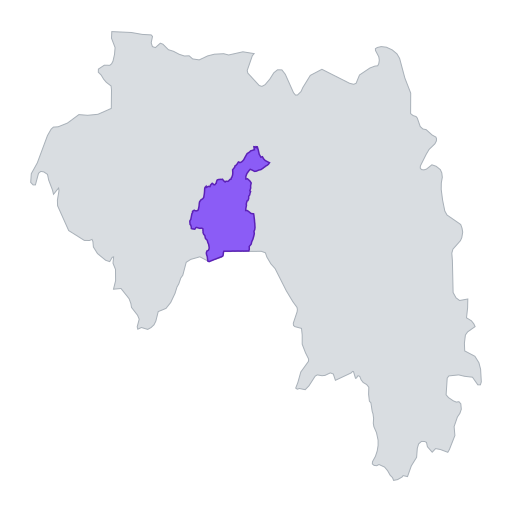 Mamou, Mamou, Guinea (highlighted)
{"feature_id": "49546643B72815389499799", "entity_name": "Mamou", "entity_type": "district", "adm_level": 2, "iso_a3": "GIN", "parent_name": "Guinea", "parent_adm1": "Mamou", "projection": "equal_earth", "projection_center": [-11.801, 10.57], "detail": "fine", "context": "in_parent", "style": "filled", "palette": "violet", "viewbox_px": 512, "rotation_deg": 0, "n_neighbors": 0, "source": "geoboundaries", "source_scale": "gbopen_adm2", "svg_char_len": 6602}
<svg xmlns="http://www.w3.org/2000/svg" viewBox="0 0 512 512"><path d="M322.0,375.7L317.3,374.9L315.2,376.1L308.9,385.9L305.2,389.7L299.4,388.5L297.3,389.2L295.7,388.1L297.8,382.7L300.8,372.0L308.5,361.3L308.6,359.0L305.5,352.8L302.2,344.2L302.2,335.0L301.5,328.4L294.8,326.6L293.5,325.4L293.3,323.2L297.1,311.8L297.4,309.5L297.0,307.4L292.8,301.6L286.3,290.8L275.1,268.6L270.9,263.9L266.9,257.1L265.4,252.8L261.3,251.3L222.3,251.6L221.6,257.3L208.2,261.2L199.9,256.8L190.7,259.4L186.2,262.3L182.8,275.2L180.8,278.0L178.8,283.8L177.0,287.0L175.0,293.4L170.7,302.5L166.0,308.4L158.2,311.6L155.8,321.2L154.0,324.8L151.0,327.6L147.7,329.4L141.4,327.5L137.8,329.2L137.2,326.8L139.2,319.2L137.6,315.3L131.5,307.4L130.9,303.6L129.1,298.7L121.0,288.5L113.5,289.2L115.6,280.7L115.5,269.4L113.0,263.2L113.6,256.9L112.2,257.3L109.7,261.6L105.7,260.3L97.5,253.6L93.4,247.0L92.9,241.5L92.0,239.4L89.4,240.5L84.3,240.4L68.7,230.6L57.6,205.8L57.4,200.2L59.0,190.6L58.6,188.0L53.5,194.3L52.5,190.1L48.7,180.1L47.5,174.4L43.8,171.9L40.8,171.4L38.5,173.3L35.4,184.9L33.1,184.9L30.7,182.4L31.3,173.7L37.3,162.9L47.5,135.5L51.1,129.2L53.4,127.1L58.1,126.8L67.4,123.1L78.9,114.6L87.6,115.3L97.9,114.3L111.3,108.4L111.5,90.1L111.1,86.0L106.3,82.3L103.6,79.1L101.2,75.1L98.3,72.2L98.4,69.1L104.3,65.2L109.8,65.3L111.6,63.8L113.0,61.1L114.5,54.5L115.1,47.6L111.5,38.2L111.8,31.6L131.4,32.5L142.2,34.4L151.1,34.9L152.5,36.4L151.2,42.8L152.4,46.6L155.4,47.6L160.3,43.2L162.9,44.2L168.4,49.7L173.5,51.3L179.2,54.3L184.4,56.0L189.1,55.8L192.6,58.9L199.2,59.9L207.7,55.9L214.4,54.2L223.7,53.7L228.6,55.0L242.9,51.8L254.1,53.6L252.3,55.8L247.2,70.5L247.8,73.1L259.2,85.5L261.9,86.4L265.1,84.7L269.9,79.0L273.8,72.8L277.5,69.8L281.9,69.9L285.3,74.3L293.5,92.7L295.5,95.1L297.5,95.0L301.0,91.6L302.8,87.6L310.3,75.4L321.9,69.3L349.6,83.3L353.7,84.3L356.1,83.3L359.5,75.0L369.9,68.0L374.9,66.1L377.7,65.8L378.8,63.6L379.3,60.2L378.8,56.8L375.5,50.5L375.4,48.7L377.3,47.5L381.2,46.6L386.4,47.2L392.2,49.9L396.9,53.8L399.6,58.4L404.8,77.9L410.7,93.1L410.6,113.6L413.1,115.6L416.0,116.5L417.3,118.1L420.2,126.5L422.9,129.0L426.1,129.6L432.1,135.0L435.9,137.1L436.5,138.7L436.4,140.9L434.9,143.8L429.1,149.4L426.2,154.3L420.4,165.9L420.2,168.0L421.5,169.6L423.9,169.9L426.5,169.1L431.9,164.8L436.2,166.3L440.3,169.6L441.8,172.9L442.3,177.3L441.3,183.0L441.2,189.4L442.6,200.2L444.8,211.0L447.0,215.0L460.7,224.5L462.0,228.1L462.7,232.1L461.8,237.6L460.4,240.7L452.9,249.2L451.8,253.2L452.4,260.7L453.1,292.5L456.0,297.8L459.6,300.5L467.8,299.0L467.6,307.9L466.5,317.8L471.4,320.8L473.8,323.8L475.1,326.6L467.6,331.9L465.4,335.0L464.4,343.2L464.7,350.9L474.9,356.3L478.9,362.7L480.6,369.3L481.3,381.9L480.4,384.8L477.8,384.8L472.5,377.2L464.6,376.3L458.7,374.9L448.9,375.9L447.2,378.1L446.1,394.8L448.5,397.6L453.2,400.8L456.3,402.1L458.9,401.7L460.8,403.8L461.3,409.2L459.9,413.3L457.4,417.0L454.1,426.6L454.9,435.5L449.4,449.5L447.8,452.3L440.4,449.5L435.6,448.6L432.2,452.2L427.4,446.7L426.5,442.4L424.7,441.5L421.5,441.4L418.6,443.9L417.3,448.3L416.6,457.3L411.3,465.9L407.5,476.6L403.1,475.6L402.2,476.9L397.6,479.6L393.6,480.4L392.5,477.6L390.2,475.3L387.6,470.7L384.6,467.1L379.0,464.5L376.7,465.7L374.1,465.4L372.3,463.9L372.5,461.7L375.5,456.2L377.2,451.0L378.1,445.5L378.1,440.2L376.5,432.7L373.9,426.7L373.3,423.3L373.6,418.4L373.0,413.8L372.2,411.4L370.9,402.8L369.4,401.2L368.6,394.3L368.8,387.2L366.6,384.5L363.2,382.5L361.1,379.8L359.9,376.7L358.7,375.8L357.6,376.0L356.6,377.9L355.5,378.3L353.5,371.6L352.6,371.4L351.2,372.9L335.4,380.3L333.3,374.0L330.3,372.9L325.0,375.4L322.0,375.7Z" fill="#d9dde1" stroke="#a8b0b8" stroke-width="1"/><path d="M268.4,164.3L269.5,162.7L268.8,162.4L267.3,161.6L265.2,160.5L263.8,159.1L262.4,156.7L260.9,157.2L259.2,154.2L258.3,150.1L257.3,146.8L256.4,146.7L256.8,147.8L255.5,147.5L254.7,146.8L253.9,146.7L254.1,148.3L254.3,149.2L254.4,149.7L254.0,149.7L253.2,150.1L250.6,150.9L249.6,152.0L247.1,153.6L245.0,157.3L243.7,159.8L242.7,160.9L241.6,161.9L240.6,162.4L239.8,162.6L238.7,161.9L238.3,162.1L237.8,162.9L237.6,163.2L237.2,163.9L236.8,164.4L236.5,164.7L235.9,165.4L234.9,166.0L234.7,167.2L232.6,169.8L232.8,172.8L232.6,175.0L232.1,176.5L231.7,177.5L231.3,177.9L231.0,179.2L230.0,179.4L228.9,180.6L228.0,181.4L227.0,181.3L226.0,181.2L225.1,182.0L223.5,180.6L222.5,179.2L221.0,179.5L220.4,179.3L219.1,179.5L218.6,179.5L217.3,179.9L216.8,180.8L216.6,181.4L216.4,182.3L216.3,183.1L216.0,183.2L214.8,184.8L214.5,184.8L213.6,184.6L212.8,183.6L212.2,183.3L211.5,184.0L210.5,185.1L210.0,186.6L208.3,186.4L206.6,187.3L206.4,187.4L206.1,186.3L205.5,187.0L205.0,187.4L204.7,188.6L204.5,192.0L204.3,193.9L203.7,197.5L202.6,198.9L201.1,199.7L199.6,201.7L199.3,203.1L199.2,204.3L199.0,206.4L198.3,209.6L197.7,210.5L196.2,210.9L195.0,210.7L194.2,210.2L192.8,211.1L192.5,211.4L192.7,212.3L191.9,213.7L190.8,219.4L189.9,220.8L189.8,221.4L190.1,224.5L190.5,224.7L191.1,226.2L191.3,227.5L191.3,228.5L191.5,228.6L192.4,228.9L193.3,228.9L194.1,229.2L194.8,229.2L195.9,227.6L196.6,227.4L199.5,228.3L200.4,228.3L201.1,228.1L202.1,228.3L202.5,228.5L202.8,228.7L203.0,229.7L202.9,230.4L203.1,231.5L203.0,232.4L203.6,234.1L204.1,234.8L204.5,235.1L205.0,236.0L205.0,236.7L205.5,238.6L206.8,239.8L207.3,240.6L207.9,242.8L208.4,243.7L208.7,244.7L209.2,247.8L209.0,248.9L208.4,250.3L206.9,251.0L206.3,253.0L206.6,254.8L207.2,256.4L207.8,261.0L208.2,261.3L209.2,261.6L209.5,261.5L210.9,260.9L211.8,260.6L212.0,260.4L213.0,260.1L213.6,259.8L214.0,259.6L215.0,259.3L220.7,257.0L221.4,256.8L221.9,256.5L222.2,256.4L222.4,256.3L222.6,256.3L223.1,255.4L223.5,252.1L223.7,251.7L223.9,251.2L227.3,251.2L229.2,251.2L231.0,251.2L233.1,251.0L233.7,251.1L235.1,251.1L238.1,251.0L240.4,251.1L241.3,251.1L242.3,251.0L242.8,251.0L243.4,251.1L243.5,251.1L247.3,251.0L247.5,251.0L248.8,251.0L248.9,250.7L249.0,250.2L249.2,249.8L249.3,249.3L249.3,248.8L249.2,246.5L251.2,244.1L251.7,241.8L252.9,239.2L253.4,237.4L253.8,236.0L254.3,233.7L254.0,231.3L254.7,229.7L255.0,227.5L254.9,225.9L254.8,223.5L254.6,222.1L254.5,220.9L254.5,220.2L254.3,218.6L254.1,217.2L253.9,215.3L253.6,213.8L252.5,213.7L250.9,213.4L249.5,212.2L248.1,211.1L247.0,210.5L245.7,210.5L245.8,208.6L246.2,206.6L246.5,205.0L246.2,204.1L246.3,203.8L247.0,201.0L247.9,200.6L248.7,198.6L248.7,196.3L249.7,194.9L250.0,193.2L250.6,191.5L249.8,190.8L250.7,188.1L250.6,185.7L251.2,183.0L250.0,181.1L247.5,178.8L245.9,179.0L245.8,176.5L246.9,173.5L249.2,170.4L250.2,169.3L252.4,170.2L254.2,171.2L254.7,171.4L256.5,171.1L258.7,170.1L260.9,169.6L263.3,168.0L263.8,167.5L264.8,166.9L265.5,166.2L267.0,165.4L268.4,164.3Z" fill="#8b5cf6" stroke="#5b21b6" stroke-width="1.5"/></svg>